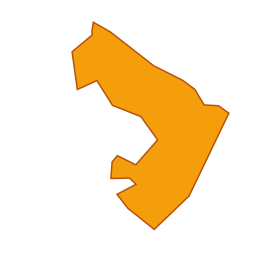 outline of Atua, rotated 212°
{"feature_id": "WSM-4987", "entity_name": "Atua", "entity_type": "state/province", "adm_level": 1, "iso_a3": "WSM", "parent_name": "Samoa", "parent_adm1": "", "projection": "mercator", "projection_center": [-171.556, -13.962], "detail": "fine", "context": "isolated", "style": "filled", "palette": "amber", "viewbox_px": 256, "rotation_deg": 212, "n_neighbors": 0, "source": "natural_earth", "source_scale": "10m", "svg_char_len": 477}
<svg xmlns="http://www.w3.org/2000/svg" viewBox="0 0 256 256"><g transform="rotate(212 128 128)"><path d="M115.7,76.1L123.5,90.8L122.3,98.9L101.9,100.9L96.6,133.6L123.1,144.5L153.1,139.0L179.5,151.7L191.4,133.8L215.8,163.0L207.7,187.9L209.9,191.0L213.4,199.3L193.8,200.1L139.3,194.4L106.7,197.4L91.6,196.1L75.7,187.9L63.1,194.8L50.3,194.0L40.2,102.7L52.0,55.9L85.4,59.8L102.2,65.9L91.4,84.5L100.2,86.3L115.7,76.1Z" fill="#f59e0b" stroke="#b45309" stroke-width="1.5"/></g></svg>